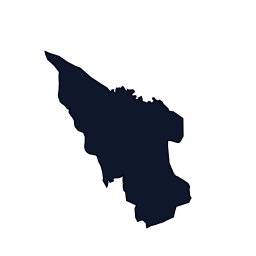 outline of Borgu, Niger, Nigeria, rotated 160°
{"feature_id": "59680162B99837769325291", "entity_name": "Borgu", "entity_type": "district", "adm_level": 2, "iso_a3": "NGA", "parent_name": "Nigeria", "parent_adm1": "Niger", "projection": "natural_earth1", "projection_center": [4.162, 10.194], "detail": "fine", "context": "isolated", "style": "filled", "palette": "ink", "viewbox_px": 256, "rotation_deg": 160, "n_neighbors": 0, "source": "geoboundaries", "source_scale": "gbopen_adm2", "svg_char_len": 3602}
<svg xmlns="http://www.w3.org/2000/svg" viewBox="0 0 256 256"><g transform="rotate(160 128 128)"><path d="M95.6,143.4L95.8,142.8L97.8,143.3L98.3,144.8L99.3,145.7L101.2,144.7L101.7,144.9L102.6,145.3L103.4,146.3L104.4,147.1L105.3,147.6L105.9,148.3L106.6,149.0L105.3,149.4L104.9,150.8L104.9,152.8L107.3,152.6L108.3,151.5L108.5,151.4L109.8,151.4L111.3,152.4L111.8,153.3L111.7,153.9L110.5,154.1L110.0,154.5L109.8,154.9L109.8,155.3L110.5,155.9L111.3,155.9L112.4,156.1L113.0,156.5L113.5,157.5L113.4,158.3L112.5,158.9L112.4,159.2L110.7,159.4L109.8,160.0L110.0,161.4L111.0,162.4L111.8,162.4L112.7,162.4L113.2,163.0L114.5,162.6L114.8,163.5L115.1,164.1L116.0,163.3L116.8,162.6L117.8,163.5L117.9,165.1L118.3,167.1L118.7,168.1L118.8,168.5L119.4,168.5L120.6,167.6L122.0,167.7L122.5,168.5L123.8,168.5L124.7,168.8L124.9,169.2L125.2,169.2L126.4,167.3L126.4,166.0L128.4,165.5L129.4,166.3L129.3,168.1L128.8,168.7L129.8,169.2L131.1,168.1L131.4,168.0L132.4,167.9L134.3,172.9L137.9,177.5L138.3,178.0L143.3,184.7L144.2,185.9L144.3,186.1L145.8,188.0L152.8,200.8L156.6,203.9L162.4,210.2L162.5,210.3L167.1,216.8L168.3,218.6L176.3,224.8L179.6,228.0L179.8,226.9L180.0,224.2L179.9,221.7L179.8,220.1L175.6,211.9L173.1,204.2L175.2,199.5L177.0,193.6L179.5,187.5L182.0,182.5L182.5,180.0L182.3,178.1L182.6,176.1L181.2,173.2L180.7,173.1L179.0,169.9L178.7,168.2L178.0,166.9L177.6,166.5L176.9,166.4L176.5,165.8L177.2,164.1L177.8,163.0L177.7,161.8L177.5,161.3L177.2,160.2L176.8,158.3L176.3,157.4L176.0,155.7L175.7,154.2L175.8,152.8L175.9,152.4L176.5,150.6L177.0,147.3L175.5,143.0L174.4,142.0L173.9,141.5L172.8,140.6L171.5,139.4L171.3,139.2L171.2,138.8L171.0,138.0L171.0,137.6L171.0,134.1L173.5,127.9L173.8,127.5L175.1,124.7L175.3,121.8L175.0,121.8L175.0,121.6L175.0,120.5L174.4,119.1L172.5,116.8L170.1,115.5L169.2,114.9L167.2,113.6L166.4,111.8L166.5,110.4L166.8,107.0L166.5,104.4L166.1,100.7L166.7,94.9L168.0,89.2L169.2,87.0L168.0,80.2L167.1,81.3L165.9,83.3L165.2,85.7L164.6,88.6L164.3,88.5L163.7,87.2L163.7,86.0L163.6,84.9L163.3,84.2L163.2,83.2L162.3,83.5L161.0,83.4L160.0,83.4L159.9,83.8L160.0,85.5L158.4,86.0L156.7,85.6L153.7,84.7L151.2,84.6L148.8,85.5L148.6,84.7L149.0,83.6L150.1,81.4L151.1,78.2L151.3,76.8L152.1,75.3L152.7,72.8L153.0,70.7L152.9,70.6L152.9,70.3L151.9,68.9L153.9,60.4L146.1,52.7L148.8,49.8L151.2,40.9L150.6,37.0L149.0,37.2L147.7,37.3L145.2,36.6L145.0,35.8L144.4,34.8L143.8,34.0L143.8,33.2L143.1,32.3L143.3,31.4L143.6,30.8L143.8,30.2L144.0,29.7L144.0,29.4L144.0,29.1L144.0,28.9L144.1,28.6L144.1,28.3L144.2,28.1L143.5,28.1L143.3,28.1L143.0,28.2L142.9,28.2L142.7,28.2L142.4,28.2L142.2,28.3L141.9,28.3L141.6,28.3L141.3,28.4L141.1,28.4L140.9,28.5L140.7,28.6L140.4,28.6L140.1,28.8L139.9,28.8L138.8,28.5L135.6,28.2L133.8,28.2L130.3,28.1L127.0,28.0L124.8,28.3L123.9,28.5L123.6,28.5L116.5,29.0L116.4,29.0L116.2,29.1L115.9,29.2L111.8,35.3L109.7,38.0L96.2,37.6L93.2,40.8L92.9,40.8L93.4,43.3L91.8,49.5L91.3,50.5L90.7,51.4L90.5,52.0L90.4,52.8L90.7,54.8L91.2,55.9L94.5,60.4L98.7,65.5L99.6,66.0L101.0,69.3L101.2,73.9L101.3,74.3L101.6,81.0L97.3,97.3L95.3,102.6L94.9,102.9L92.7,102.0L91.7,101.5L89.8,100.2L88.6,99.2L86.3,97.6L85.8,97.3L85.1,97.2L84.5,97.3L84.0,97.5L79.4,101.4L79.1,101.9L73.4,118.2L78.7,125.7L79.9,127.4L81.2,128.2L82.2,128.7L83.2,129.2L83.6,129.6L84.0,130.8L84.0,132.5L86.6,137.7L86.9,138.3L87.1,139.1L87.2,140.6L88.8,143.1L89.4,143.1L89.4,142.3L89.2,141.7L89.2,140.8L90.1,141.2L90.4,142.1L90.8,143.1L91.6,143.7L92.0,144.3L92.5,144.9L93.0,145.7L93.1,146.4L93.4,147.3L94.3,147.6L94.7,147.2L94.7,146.7L94.3,145.8L93.9,145.0L94.3,143.8L95.3,143.8L95.6,143.4Z" fill="#0f172a" stroke="#020617" stroke-width="1.5"/></g></svg>